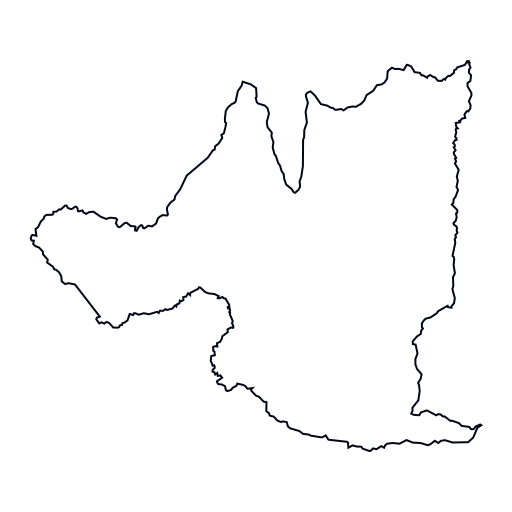 outline of Barra do Garças, Mato Grosso, Brazil
{"feature_id": "56859067B49829973992443", "entity_name": "Barra do Garças", "entity_type": "district", "adm_level": 2, "iso_a3": "BRA", "parent_name": "Brazil", "parent_adm1": "Mato Grosso", "projection": "orthographic", "projection_center": [-52.509, -15.357], "detail": "fine", "context": "isolated", "style": "outline", "palette": "ink", "viewbox_px": 512, "rotation_deg": 0, "n_neighbors": 0, "source": "geoboundaries", "source_scale": "gbopen_adm2", "svg_char_len": 6009}
<svg xmlns="http://www.w3.org/2000/svg" viewBox="0 0 512 512"><path d="M467.3,61.0L464.9,64.9L457.3,67.4L456.0,69.4L454.1,70.3L454.0,72.7L450.0,76.0L448.4,75.8L445.7,78.2L445.2,79.6L444.3,79.0L443.1,79.4L442.0,80.9L437.9,80.8L434.8,77.1L433.5,77.2L430.2,75.0L427.8,76.3L427.1,77.8L423.1,75.3L421.5,75.3L419.9,72.9L414.6,72.1L411.3,66.6L408.3,65.1L406.8,64.8L403.6,70.1L398.9,68.9L394.9,69.0L391.9,67.7L387.7,71.2L387.1,78.7L384.4,82.6L381.3,84.5L376.9,85.2L373.1,90.9L366.7,95.0L364.1,100.7L361.4,103.6L355.9,106.8L352.8,106.5L347.7,107.4L343.5,110.4L341.1,109.0L336.3,109.8L334.4,109.5L333.4,108.2L330.7,107.6L327.2,105.6L320.9,104.1L315.0,95.6L310.6,91.4L307.2,92.8L305.9,94.5L305.9,96.2L307.9,102.7L305.6,111.9L306.9,122.5L304.3,130.1L304.1,137.3L303.1,139.9L302.9,166.1L301.3,176.6L299.6,181.4L300.1,186.6L298.4,189.9L295.1,192.8L293.7,192.3L291.6,189.0L286.2,184.6L284.3,179.3L283.7,174.2L281.6,171.1L280.0,165.6L278.1,162.8L275.8,155.7L274.5,154.4L272.7,147.5L273.4,142.1L271.4,136.2L271.8,132.7L267.5,127.1L267.1,124.4L266.8,121.9L269.0,113.6L267.5,108.1L264.7,105.5L257.8,103.4L256.7,101.9L255.7,97.9L256.6,96.8L256.1,88.1L250.9,84.4L242.7,81.7L241.6,85.7L237.8,91.2L235.7,101.3L234.6,102.8L231.7,104.1L228.1,107.2L225.8,110.9L224.9,118.4L225.0,122.1L226.1,123.0L225.6,126.4L223.9,133.2L221.3,135.1L222.3,137.9L218.5,143.7L215.2,146.2L214.6,149.7L213.0,150.2L207.6,157.9L186.7,175.6L180.2,189.3L175.2,196.0L174.5,199.5L170.3,202.7L167.2,207.1L166.9,209.2L167.9,214.6L167.1,215.5L162.7,215.1L159.6,216.8L157.9,218.4L156.1,223.5L152.0,226.4L148.3,225.7L144.5,228.3L143.1,228.0L142.3,225.6L141.0,225.1L138.7,227.1L136.6,230.8L135.2,230.5L135.0,228.9L135.7,227.1L135.0,226.4L130.7,226.0L126.6,222.7L124.2,223.4L120.5,226.7L119.0,227.2L117.7,226.4L115.9,223.1L117.1,219.5L115.6,218.2L110.4,217.7L106.1,218.9L100.8,216.8L93.4,211.7L89.2,212.1L86.1,213.9L83.4,212.4L82.5,210.4L78.8,211.4L77.9,211.0L77.6,208.5L76.5,206.9L75.3,206.6L71.9,209.0L70.6,209.0L67.8,207.9L66.6,205.6L65.0,205.6L60.7,209.6L59.3,209.3L56.5,211.6L53.4,211.8L53.2,213.9L52.1,214.8L46.4,214.9L44.3,216.5L43.7,218.6L40.7,221.7L38.1,227.1L35.5,229.2L36.4,235.8L32.6,234.9L31.7,235.5L30.7,238.3L31.5,240.4L33.8,240.7L33.2,244.1L35.5,246.2L39.0,247.5L42.3,251.0L43.0,252.1L42.9,254.1L47.8,259.8L47.1,262.5L53.1,266.8L54.2,269.3L56.0,269.7L59.2,272.4L61.3,276.4L61.7,281.3L65.0,284.0L68.6,283.2L75.0,284.5L99.8,316.6L96.8,317.7L96.3,319.3L99.2,323.4L101.4,322.3L104.3,323.6L106.5,321.9L109.1,322.9L113.2,327.5L117.3,327.7L119.0,327.2L120.0,325.3L121.9,325.0L122.4,323.2L124.7,322.5L127.5,320.4L129.7,314.0L133.2,315.0L134.0,313.2L135.2,313.2L138.8,314.7L143.9,313.2L148.8,314.3L157.2,311.8L158.7,313.0L160.0,310.7L163.2,310.8L165.4,309.1L166.9,310.0L172.6,308.5L174.6,305.8L175.6,305.3L176.3,306.3L177.1,304.2L179.3,303.5L179.8,300.6L181.0,301.3L183.4,300.1L183.2,297.2L186.2,296.5L188.1,293.3L190.1,295.0L190.1,293.3L190.9,292.5L198.2,288.8L198.9,287.4L200.1,287.4L205.1,292.0L208.2,293.3L214.6,294.1L218.7,296.1L217.7,298.0L218.9,298.4L222.5,297.0L223.6,298.2L225.5,298.6L229.2,304.8L229.2,305.9L227.6,307.2L228.1,308.4L229.5,307.8L230.1,310.6L229.2,312.0L230.1,312.7L229.9,314.4L232.8,321.2L232.0,323.0L233.5,326.8L232.9,327.9L231.0,327.5L227.5,329.4L227.8,332.1L222.2,336.4L221.8,339.0L220.0,341.9L217.0,343.2L217.3,346.5L215.5,346.1L213.1,347.0L213.3,350.8L214.5,351.7L214.8,355.3L211.3,356.0L210.7,360.7L212.7,365.7L214.1,365.2L214.6,366.0L214.7,367.9L212.7,369.8L212.5,371.5L214.4,372.3L215.2,374.5L217.2,373.0L217.8,375.9L220.5,375.5L222.1,377.7L216.9,381.3L217.2,382.5L218.2,384.0L222.1,384.6L225.0,386.2L225.9,390.2L227.3,391.1L231.0,390.0L232.6,387.8L236.4,385.8L237.3,383.6L243.1,384.9L245.5,386.2L247.5,388.8L252.3,388.1L251.0,389.3L251.3,390.7L255.9,395.6L259.0,396.8L263.6,401.6L266.5,402.2L266.3,411.2L268.9,413.1L269.8,415.6L273.7,416.6L277.3,420.5L280.9,422.0L283.0,421.4L286.7,422.1L288.0,426.6L290.4,428.4L299.3,431.0L303.1,433.9L308.5,434.5L310.6,435.6L321.1,437.3L322.5,437.2L325.7,435.4L328.3,439.5L329.2,439.8L347.1,441.8L348.0,442.7L348.4,447.7L352.6,445.4L357.1,446.6L360.3,446.6L361.5,446.9L362.6,448.6L369.4,451.0L370.7,450.8L373.0,448.4L376.5,449.2L381.3,446.1L384.1,447.7L385.1,445.3L387.2,443.7L392.5,443.0L399.5,443.7L406.5,440.1L412.8,442.6L420.4,443.0L427.8,445.2L430.3,444.3L434.8,440.8L438.3,443.0L440.9,440.8L445.0,440.2L452.6,442.5L468.1,442.2L473.2,437.6L477.4,427.8L481.3,425.2L480.2,424.5L475.5,426.6L473.7,429.1L471.0,429.2L469.3,426.9L461.7,425.9L458.9,423.1L452.0,420.7L450.2,420.8L444.6,416.4L443.0,416.5L440.5,414.4L438.2,414.2L436.2,415.3L426.9,410.4L421.1,412.3L419.2,415.2L413.9,414.9L411.2,413.6L412.6,410.6L412.4,407.8L418.3,400.3L419.7,391.1L419.0,384.8L418.1,382.9L420.6,378.9L421.6,374.3L417.0,368.9L415.4,364.3L415.4,359.1L417.5,353.4L415.6,344.6L412.9,344.1L412.7,341.4L416.9,336.5L420.8,333.9L421.2,330.7L422.9,328.5L421.9,327.1L421.9,323.4L423.7,320.6L425.6,318.7L430.6,317.4L437.1,313.0L437.9,311.3L447.6,305.8L448.0,307.1L451.5,307.7L451.6,306.1L454.0,303.3L454.8,298.2L452.4,289.0L453.3,286.2L453.0,277.1L454.9,273.3L453.6,265.0L454.2,259.1L453.8,257.0L452.5,255.9L455.3,242.8L454.7,239.1L456.0,237.2L455.3,235.2L457.4,232.7L456.7,230.8L457.0,227.8L456.2,226.2L453.9,224.7L453.4,223.1L455.7,220.8L456.7,217.2L456.0,213.5L457.1,212.8L457.4,211.3L457.2,210.0L451.8,204.5L453.3,203.0L453.6,199.5L455.7,196.4L458.1,189.9L456.5,187.1L457.8,180.8L456.8,176.5L458.7,169.8L454.9,163.5L456.1,161.4L455.0,158.6L456.2,157.9L453.9,153.9L453.8,152.3L455.6,150.2L453.7,147.2L454.9,146.3L454.6,144.5L453.1,143.0L455.2,140.1L456.6,139.9L456.6,138.6L455.1,136.6L456.3,132.3L455.6,130.0L456.2,128.6L457.7,128.4L456.2,126.5L455.7,123.0L460.0,122.3L459.3,120.9L460.6,120.4L461.8,118.7L465.3,117.9L464.4,114.8L465.7,112.5L467.1,111.1L468.3,111.4L470.3,108.5L470.6,105.3L468.9,101.1L471.4,95.6L471.4,93.0L467.5,86.2L467.5,84.4L467.6,82.9L470.3,81.1L471.1,75.3L468.9,72.7L469.1,69.5L470.5,67.5L469.2,64.4L469.6,62.8L468.3,62.6L468.9,61.3L467.3,61.0Z" fill="none" stroke="#020617" stroke-width="2"/></svg>